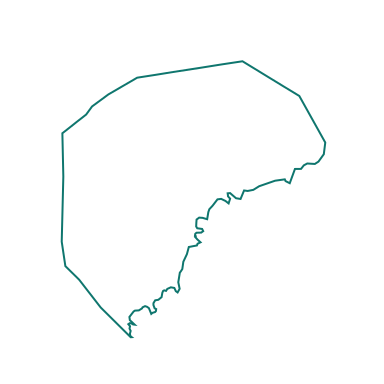 outline of San Bartolomé Loxicha, Oaxaca, Mexico, rotated 165°
{"feature_id": "50627088B20953920134317", "entity_name": "San Bartolomé Loxicha", "entity_type": "district", "adm_level": 2, "iso_a3": "MEX", "parent_name": "Mexico", "parent_adm1": "Oaxaca", "projection": "orthographic", "projection_center": [-96.753, 15.957], "detail": "fine", "context": "isolated", "style": "outline", "palette": "teal", "viewbox_px": 384, "rotation_deg": 165, "n_neighbors": 0, "source": "geoboundaries", "source_scale": "gbopen_adm2", "svg_char_len": 1629}
<svg xmlns="http://www.w3.org/2000/svg" viewBox="0 0 384 384"><g transform="rotate(165 192 192)"><path d="M302.0,282.3L312.3,240.2L330.7,177.7L333.5,153.2L333.4,153.0L323.7,136.5L310.1,104.1L288.8,67.6L287.8,67.4L288.8,68.8L288.7,71.1L288.0,72.3L287.2,73.7L287.7,76.2L286.6,78.4L287.7,80.8L286.1,81.4L284.4,80.6L283.2,79.3L281.7,78.7L285.2,84.3L284.8,87.5L279.3,91.7L277.8,92.2L274.0,91.4L270.4,92.5L269.6,93.4L266.9,93.9L265.2,92.8L263.7,91.0L262.9,84.8L261.5,85.5L258.7,85.6L257.6,86.4L256.9,88.2L258.2,89.3L258.5,92.8L258.0,94.6L255.6,96.9L252.4,96.6L248.6,98.3L246.7,102.4L245.5,103.9L244.3,104.2L242.7,103.2L240.9,104.8L237.1,105.4L233.9,103.9L233.3,100.4L231.9,98.7L229.0,101.7L228.6,108.4L224.6,117.3L223.6,118.0L221.3,120.1L218.4,126.9L213.0,133.3L209.3,139.7L201.1,139.1L200.0,140.6L196.8,141.2L199.0,144.6L200.5,147.6L199.9,147.9L199.8,148.4L200.5,148.9L199.7,150.7L198.2,151.5L193.6,150.4L191.3,151.3L191.8,153.7L196.3,155.6L196.9,157.6L195.7,161.4L194.7,164.2L191.7,165.4L188.5,164.3L184.4,161.8L181.4,168.4L179.7,170.9L175.7,173.4L169.3,178.3L165.6,177.8L162.0,174.7L159.6,171.5L156.9,175.7L158.3,178.4L157.9,181.5L155.5,181.1L151.1,174.6L146.9,172.7L141.3,180.0L138.0,178.6L132.2,178.2L125.6,180.2L108.8,181.4L99.1,180.2L98.8,178.3L95.3,175.2L86.6,187.6L80.7,186.1L77.1,188.8L73.3,189.7L66.1,187.3L62.0,188.6L54.9,194.4L50.5,205.2L50.5,205.4L63.5,257.0L76.8,270.9L109.4,305.2L129.8,307.5L144.1,309.0L151.8,309.8L179.2,312.8L195.9,314.5L213.5,316.4L215.4,316.6L232.0,312.1L247.5,307.9L259.5,303.2L266.4,300.5L274.2,294.2L285.3,289.5L294.5,285.5L302.0,282.3Z" fill="none" stroke="#0f766e" stroke-width="2"/></g></svg>